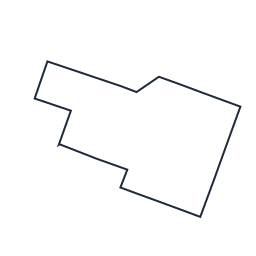 Quitman, Mississippi, United States of America, rotated 290°
{"feature_id": "52423323B70800953145175", "entity_name": "Quitman", "entity_type": "district", "adm_level": 2, "iso_a3": "USA", "parent_name": "United States of America", "parent_adm1": "Mississippi", "projection": "albers", "projection_center": [-90.295, 34.292], "detail": "fine", "context": "isolated", "style": "outline", "palette": "slate", "viewbox_px": 256, "rotation_deg": 290, "n_neighbors": 0, "source": "geoboundaries", "source_scale": "gbopen_adm2", "svg_char_len": 393}
<svg xmlns="http://www.w3.org/2000/svg" viewBox="0 0 256 256"><g transform="rotate(290 128 128)"><path d="M186.6,187.2L186.8,157.6L186.7,139.5L164.7,123.7L164.9,106.3L163.0,29.5L123.8,30.2L124.7,68.4L88.5,68.7L89.3,69.3L88.4,108.7L88.6,141.6L69.5,141.2L69.4,158.8L69.4,190.1L69.2,226.3L109.7,226.5L129.3,226.4L186.5,226.3L186.6,187.2Z" fill="none" stroke="#1e293b" stroke-width="2"/></g></svg>